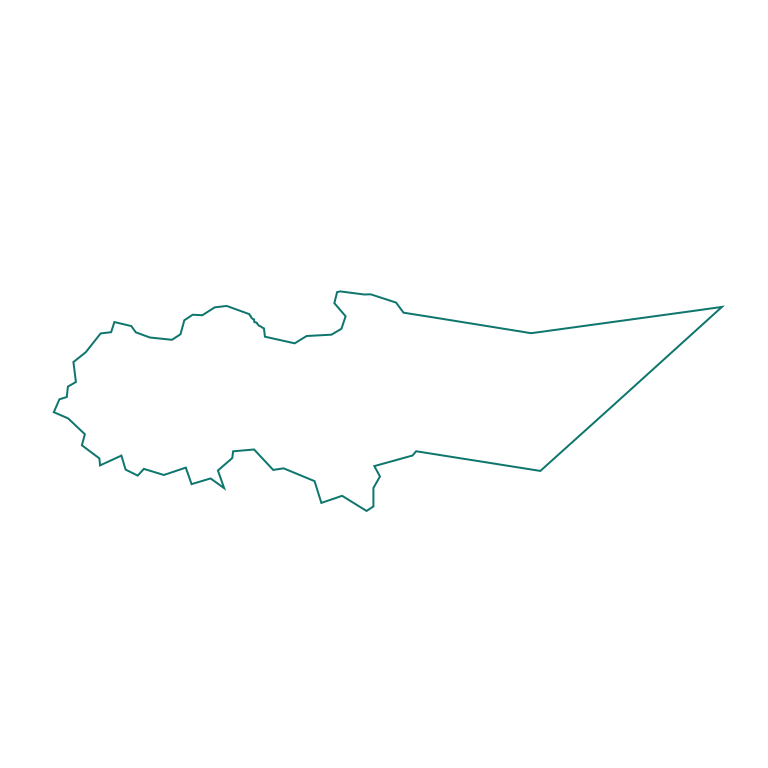 Weber, Utah, United States of America, rotated 189°
{"feature_id": "52423323B66213372759254", "entity_name": "Weber", "entity_type": "district", "adm_level": 2, "iso_a3": "USA", "parent_name": "United States of America", "parent_adm1": "Utah", "projection": "robinson", "projection_center": [-111.761, 41.253], "detail": "fine", "context": "isolated", "style": "outline", "palette": "teal", "viewbox_px": 768, "rotation_deg": 189, "n_neighbors": 0, "source": "geoboundaries", "source_scale": "gbopen_adm2", "svg_char_len": 1208}
<svg xmlns="http://www.w3.org/2000/svg" viewBox="0 0 768 768"><g transform="rotate(189 384 384)"><path d="M651.7,259.2L632.2,272.2L625.8,259.0L612.9,255.0L607.9,262.6L587.2,259.7L566.7,270.4L558.4,255.0L540.5,263.6L525.6,256.1L534.5,272.6L522.3,287.1L522.5,293.9L502.1,299.0L480.0,281.8L470.0,285.0L437.4,277.2L427.3,256.8L407.9,267.0L381.4,255.9L375.3,261.4L378.2,279.7L373.5,292.0L380.7,301.4L344.7,317.8L341.7,322.6L338.0,322.6L216.0,322.6L154.9,398.0L62.3,513.0L87.5,505.3L246.6,457.2L311.8,457.4L343.4,457.5L345.8,457.5L375.9,457.5L384.8,466.3L411.2,470.5L417.6,469.3L441.7,468.6L444.7,467.4L445.7,456.1L432.5,444.9L434.7,431.9L443.6,424.5L467.9,419.3L478.6,410.2L509.0,412.1L511.3,420.2L513.1,420.7L514.5,421.5L516.2,421.8L518.6,423.6L518.9,424.4L520.4,424.9L521.6,424.8L522.7,427.6L523.6,427.6L525.5,428.9L526.5,430.5L527.3,430.8L527.8,431.9L551.6,436.5L563.2,433.2L574.2,423.5L583.8,422.5L591.2,415.7L592.8,401.3L600.3,394.5L622.5,393.3L637.2,396.2L642.7,401.7L660.0,403.0L661.6,392.5L671.8,389.6L683.5,368.8L694.2,357.1L688.6,337.8L695.8,332.0L695.3,321.5L702.2,318.1L705.7,304.5L690.6,300.6L671.6,287.6L672.8,276.2L653.5,266.0L651.7,259.2Z" fill="none" stroke="#0f766e" stroke-width="2"/></g></svg>